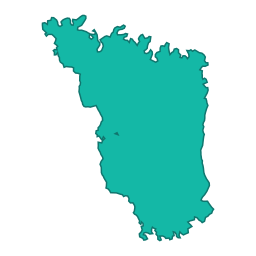 Goioxim, Paraná, Brazil
{"feature_id": "56859067B63744062598217", "entity_name": "Goioxim", "entity_type": "district", "adm_level": 2, "iso_a3": "BRA", "parent_name": "Brazil", "parent_adm1": "Paraná", "projection": "natural_earth1", "projection_center": [-52.013, -25.138], "detail": "fine", "context": "isolated", "style": "filled", "palette": "teal", "viewbox_px": 256, "rotation_deg": 0, "n_neighbors": 0, "source": "geoboundaries", "source_scale": "gbopen_adm2", "svg_char_len": 5120}
<svg xmlns="http://www.w3.org/2000/svg" viewBox="0 0 256 256"><path d="M196.7,51.1L194.8,50.0L192.5,51.2L190.9,49.8L189.4,50.7L186.9,50.5L188.7,54.0L189.1,56.6L187.4,58.6L186.5,57.1L185.0,55.8L183.0,55.8L181.9,57.8L180.0,57.4L180.7,55.0L178.5,52.7L178.5,49.8L176.6,48.5L174.3,49.1L173.4,51.6L171.7,52.6L170.0,54.6L169.2,51.8L168.7,49.1L168.5,47.3L169.1,43.8L166.7,42.6L165.3,44.5L164.5,46.4L162.9,45.8L161.0,46.0L160.2,48.0L160.1,51.4L156.9,52.5L155.4,54.5L155.3,56.8L157.0,58.3L157.8,60.9L155.7,62.2L152.2,60.5L150.3,59.5L151.3,57.1L152.4,54.1L152.2,51.8L150.6,49.8L148.7,52.7L146.5,53.6L144.6,53.0L144.2,50.7L145.8,49.8L147.2,48.3L147.5,45.7L148.6,42.6L150.1,41.6L150.5,38.9L150.8,36.8L149.1,36.5L147.7,37.9L144.8,38.4L142.6,34.5L140.8,35.2L139.2,37.2L138.5,38.9L139.6,41.6L138.3,43.1L137.2,45.4L135.0,42.4L133.5,41.1L132.3,39.2L130.6,38.6L129.3,42.4L127.4,40.3L125.7,40.3L123.5,39.2L124.1,37.3L126.7,36.4L127.5,34.0L125.6,33.5L123.8,34.4L120.8,34.8L117.6,34.8L116.9,32.9L118.3,30.2L120.2,29.5L122.1,29.3L124.3,28.2L125.2,26.2L123.6,25.1L121.7,26.2L120.3,27.3L117.4,26.6L114.9,27.9L113.9,29.4L113.2,32.1L111.6,33.4L110.1,37.0L106.7,35.9L104.9,36.5L103.0,37.8L100.1,39.8L101.3,42.0L102.6,43.3L103.3,46.1L101.8,50.1L100.7,51.3L99.2,51.9L97.5,51.8L97.0,49.3L99.8,45.0L99.8,42.9L97.7,40.4L97.5,38.0L97.1,34.8L95.5,31.9L94.8,34.4L92.6,34.4L89.7,33.9L86.2,31.7L81.7,30.2L79.1,30.3L77.5,29.8L77.8,27.2L81.6,25.3L83.5,22.5L85.0,20.1L85.9,18.4L85.8,16.2L84.1,15.4L82.4,15.5L80.4,16.8L78.5,18.4L76.4,19.9L72.8,19.4L72.7,21.3L73.5,23.4L73.0,25.2L71.5,24.9L70.4,23.2L70.5,20.4L69.4,18.4L67.4,18.1L65.8,18.6L64.3,19.2L62.6,20.2L61.0,22.0L62.2,25.1L60.1,26.5L58.5,25.6L57.8,24.1L57.6,22.2L56.6,20.1L53.7,17.7L51.6,17.6L50.8,20.3L47.7,20.8L47.4,24.4L44.8,22.7L42.5,23.2L42.4,25.0L42.6,27.2L42.8,29.3L44.9,31.3L46.5,32.9L45.0,34.0L46.4,36.1L48.2,34.4L50.0,34.4L51.9,34.4L53.6,35.9L56.1,38.6L55.5,41.1L54.4,43.4L56.5,45.0L57.7,46.3L56.5,47.8L57.0,49.8L54.7,49.5L53.3,50.6L54.4,52.1L54.4,54.9L56.0,54.8L57.6,52.5L58.3,55.8L59.4,57.5L59.5,60.0L60.3,62.0L63.1,64.1L64.1,67.3L66.1,66.5L69.4,66.9L71.6,67.0L73.6,67.8L73.5,71.0L75.5,73.0L78.1,73.3L80.3,74.2L79.8,76.0L79.8,78.6L79.7,80.4L80.5,82.5L80.2,84.9L79.2,86.3L79.3,88.5L79.0,91.7L80.2,95.9L80.8,98.2L81.4,100.6L82.3,102.2L82.7,104.4L84.0,106.4L85.7,106.9L88.0,106.7L90.3,107.1L96.1,105.5L98.3,110.0L99.8,112.4L100.5,114.1L102.4,117.4L102.6,120.5L101.3,121.9L100.6,124.3L99.8,125.9L98.1,127.8L98.2,130.1L96.2,130.8L95.8,133.6L97.2,134.6L97.2,136.6L98.8,136.0L100.0,137.3L100.9,138.8L102.6,140.6L101.7,142.9L98.2,142.2L98.3,145.8L98.1,148.2L99.0,150.2L100.1,152.0L101.0,154.6L102.5,156.9L103.0,158.8L101.1,161.5L100.1,164.3L101.3,167.3L101.4,172.6L102.2,174.8L103.3,176.2L104.1,178.1L105.4,180.3L106.6,182.3L106.4,186.2L106.0,188.0L108.1,188.9L109.7,190.8L110.7,192.7L114.1,192.8L116.5,192.9L120.1,194.1L122.5,194.7L123.6,196.5L125.4,195.7L127.7,196.0L129.1,198.7L128.7,201.0L130.4,202.9L132.9,202.8L134.4,205.2L134.9,206.9L134.7,208.8L134.3,211.3L133.4,212.7L134.5,214.1L136.2,215.0L137.6,216.6L138.6,218.8L139.7,220.9L139.1,222.8L140.8,224.4L141.5,222.0L143.0,223.4L143.2,225.8L141.3,226.6L142.2,229.8L141.3,231.8L139.3,233.9L139.7,236.8L142.9,238.4L143.8,240.1L145.7,239.8L147.5,238.8L146.5,237.0L145.5,235.2L143.3,234.7L144.0,232.9L145.9,232.5L148.0,233.0L149.8,234.0L152.7,233.6L151.5,231.9L151.6,229.3L152.4,227.2L154.0,228.3L155.7,228.9L154.9,230.6L156.5,232.2L156.0,234.2L157.8,236.1L157.9,239.3L159.8,240.6L161.2,239.9L159.8,236.1L162.7,236.0L164.7,236.9L165.8,238.4L169.2,238.1L169.8,239.7L172.1,238.9L172.5,236.3L174.1,235.6L173.8,233.7L173.3,231.8L175.0,232.3L176.3,234.3L176.6,236.5L178.1,237.7L180.2,237.8L179.0,235.1L179.9,231.9L181.4,233.5L183.4,234.9L185.3,234.0L188.3,232.7L187.9,228.8L190.3,227.4L191.9,226.5L190.6,224.9L189.4,223.8L187.8,222.0L190.2,220.8L192.0,220.4L194.4,219.7L194.6,216.9L197.0,217.7L199.1,220.2L200.8,221.1L202.2,222.6L204.5,221.3L205.5,217.4L207.9,216.2L209.4,214.4L211.7,213.1L212.5,210.8L213.6,209.2L211.6,207.2L208.8,203.3L207.5,201.2L204.4,201.3L202.8,201.2L201.1,200.3L201.7,198.4L202.7,196.8L204.7,194.6L206.9,191.2L208.4,187.8L209.4,185.6L209.2,183.0L207.9,180.9L206.5,178.9L204.6,175.0L203.8,172.3L203.4,168.1L203.0,165.8L202.2,163.1L202.4,160.8L201.5,159.1L201.2,156.6L200.9,154.7L200.9,152.6L200.7,150.1L201.7,147.6L202.6,145.5L203.3,139.3L203.7,136.4L204.3,134.4L203.3,132.5L202.8,130.1L203.8,126.7L202.9,124.8L203.4,122.6L204.5,120.6L204.8,118.1L204.8,115.1L205.5,112.3L206.7,108.3L207.9,105.5L206.9,102.9L206.6,100.8L206.0,98.7L204.4,98.3L205.7,95.8L207.2,93.0L208.1,90.1L207.7,87.6L206.2,87.7L204.5,86.0L203.1,84.2L205.6,83.0L207.2,82.3L206.1,79.3L204.5,78.2L202.9,79.3L202.2,77.5L202.3,75.3L202.0,73.5L202.3,70.8L199.8,69.8L201.1,67.9L202.6,66.2L205.1,66.3L208.0,65.0L207.8,62.8L205.9,62.7L204.5,60.7L205.3,57.0L203.9,54.8L201.9,53.2L199.3,52.7L196.7,51.1ZM89.7,33.9L91.8,35.9L93.4,37.5L91.4,39.3L89.2,37.5L89.7,33.9ZM102.6,140.6L102.7,138.3L103.4,136.8L104.8,138.5L102.6,140.6ZM117.0,132.7L118.0,134.7L115.2,133.7L117.0,132.7ZM95.5,31.9L94.2,29.7L92.8,30.9L95.5,31.9Z" fill="#14b8a6" stroke="#0f766e" stroke-width="1.5"/></svg>